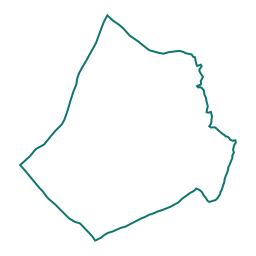 Nrokwia-Wesldow, Grand Kru, Liberia (Albers equal-area conic projection), rotated 90°
{"feature_id": "62588387B98873845016712", "entity_name": "Nrokwia-Wesldow", "entity_type": "district", "adm_level": 2, "iso_a3": "LBR", "parent_name": "Liberia", "parent_adm1": "Grand Kru", "projection": "albers", "projection_center": [-8.32, 4.821], "detail": "fine", "context": "isolated", "style": "outline", "palette": "teal", "viewbox_px": 256, "rotation_deg": 90, "n_neighbors": 0, "source": "geoboundaries", "source_scale": "gbopen_adm2", "svg_char_len": 1991}
<svg xmlns="http://www.w3.org/2000/svg" viewBox="0 0 256 256"><g transform="rotate(90 128 128)"><path d="M240.6,160.9L239.6,158.8L237.6,154.8L234.9,151.5L232.9,148.1L231.5,143.4L229.8,139.6L227.7,134.7L226.6,130.4L224.0,125.6L219.4,116.6L218.0,113.8L217.4,112.0L214.4,106.1L214.1,104.3L211.5,98.2L209.5,92.3L208.8,90.6L206.7,85.4L205.9,84.0L203.4,79.4L202.7,78.0L198.2,73.2L197.7,72.4L192.9,65.8L191.2,62.6L190.1,61.1L188.6,59.9L189.1,58.2L190.7,55.5L192.6,53.7L194.9,52.6L198.0,50.1L199.4,49.3L201.0,48.2L201.9,46.7L201.3,44.5L200.9,43.3L200.1,40.5L198.0,38.4L194.2,36.0L191.4,35.3L190.5,34.4L186.4,33.2L182.0,31.7L179.7,31.5L176.3,30.4L172.4,28.8L169.4,27.8L167.7,27.8L164.7,26.4L159.0,24.1L157.6,23.6L155.6,23.7L152.6,22.1L151.8,22.4L149.7,22.9L147.3,22.4L144.7,21.6L142.7,20.2L140.3,20.6L140.8,23.3L139.7,25.8L138.0,26.8L136.8,28.2L136.4,30.3L135.2,31.4L133.7,33.7L131.5,36.4L128.3,39.8L127.3,41.2L127.5,45.1L126.3,46.7L123.5,44.9L120.0,44.5L116.2,44.0L111.9,45.2L112.7,47.7L112.2,49.4L109.8,49.1L106.6,48.2L104.1,48.7L101.5,49.5L97.8,50.1L94.7,51.6L90.6,52.1L88.2,54.0L87.2,55.5L87.4,58.0L86.2,59.0L85.4,57.5L84.6,55.2L83.1,54.9L81.1,55.3L79.7,54.5L76.8,53.0L74.3,54.8L71.1,56.6L69.3,56.5L67.1,54.9L66.3,54.4L64.7,55.2L66.0,58.8L64.3,59.6L61.5,60.3L57.3,61.0L56.8,62.8L54.5,64.3L53.3,69.7L51.8,73.2L50.9,76.4L51.4,81.1L52.2,87.3L53.7,92.6L52.8,97.4L50.2,106.7L47.1,110.8L46.3,111.8L41.9,117.2L35.4,126.5L28.6,132.5L24.8,136.9L20.6,143.0L15.4,148.7L16.1,149.1L22.0,152.2L28.4,154.6L36.9,157.8L42.8,159.9L49.7,163.7L55.0,166.7L60.4,169.6L68.1,174.2L73.0,176.8L78.1,178.7L84.6,179.7L91.0,182.4L101.9,185.9L108.9,187.9L113.2,189.3L119.9,191.7L124.4,194.2L130.5,200.3L136.2,205.2L144.5,211.9L146.7,215.9L149.1,220.2L156.4,226.2L157.2,227.1L162.5,233.0L165.1,235.8L169.7,231.7L182.0,221.5L188.2,216.4L191.0,213.5L194.7,210.9L198.7,207.6L204.1,201.2L210.4,194.9L218.3,187.0L221.9,181.0L223.3,176.1L230.7,169.0L236.4,163.6L240.6,160.9Z" fill="none" stroke="#0f766e" stroke-width="2"/></g></svg>